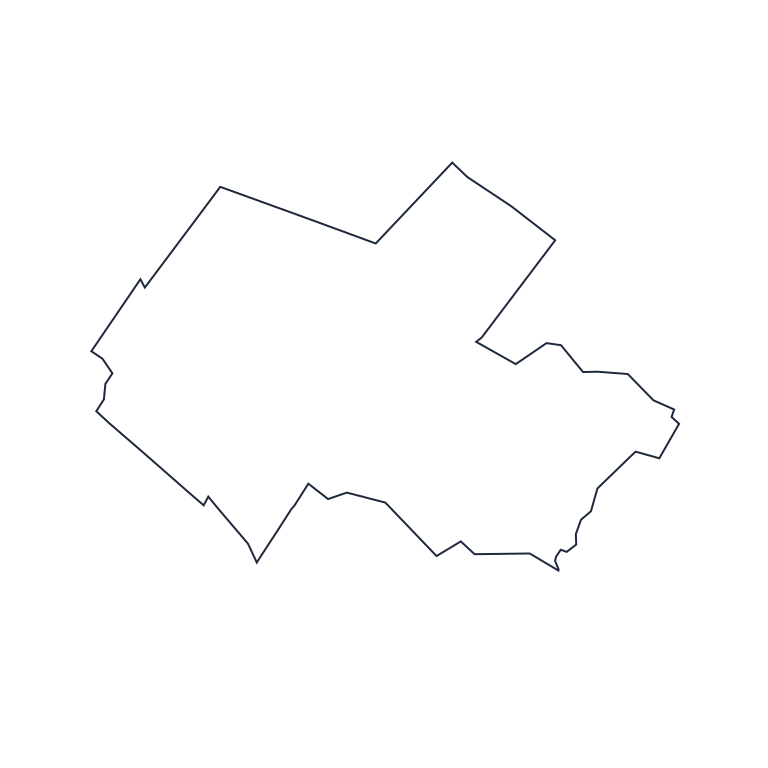 outline of Middlesex, Connecticut, United States of America, rotated 315°
{"feature_id": "52423323B62256411494154", "entity_name": "Middlesex", "entity_type": "district", "adm_level": 2, "iso_a3": "USA", "parent_name": "United States of America", "parent_adm1": "Connecticut", "projection": "equal_earth", "projection_center": [-72.54, 41.451], "detail": "fine", "context": "isolated", "style": "outline", "palette": "slate", "viewbox_px": 768, "rotation_deg": 315, "n_neighbors": 0, "source": "geoboundaries", "source_scale": "gbopen_adm2", "svg_char_len": 946}
<svg xmlns="http://www.w3.org/2000/svg" viewBox="0 0 768 768"><g transform="rotate(315 384 384)"><path d="M446.1,211.0L407.6,128.8L369.0,134.4L283.1,146.7L285.8,137.7L200.2,153.9L202.8,167.0L199.5,184.4L187.1,186.9L175.1,196.8L161.3,199.8L162.0,217.5L165.3,262.6L169.3,323.3L170.7,342.3L180.1,339.4L178.6,354.8L174.9,400.8L167.8,420.3L175.9,418.5L205.5,412.3L229.7,407.0L235.0,406.6L260.0,401.0L263.1,425.8L280.9,434.5L301.1,468.8L299.5,542.8L327.0,549.6L327.7,568.4L367.2,606.9L375.4,639.2L376.4,638.5L379.9,630.0L383.7,627.7L391.8,626.2L394.5,631.9L406.4,633.4L413.5,625.8L426.8,619.5L427.3,619.3L440.4,620.3L461.0,608.8L506.8,609.5L514.1,609.8L523.8,627.0L526.1,631.2L564.5,620.8L564.0,610.7L571.1,607.2L563.0,586.1L563.4,549.3L543.4,526.0L533.2,516.3L536.6,481.7L527.8,470.0L491.2,463.1L479.0,419.4L486.0,420.2L606.7,403.4L599.7,348.5L589.3,296.7L588.8,275.7L477.5,278.8L446.1,211.0Z" fill="none" stroke="#1e293b" stroke-width="2"/></g></svg>